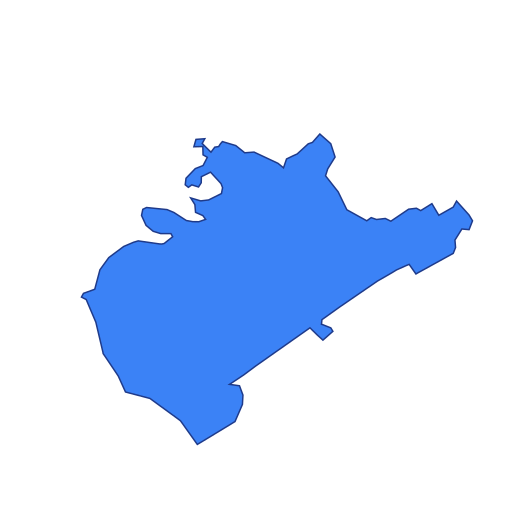 outline of Barceloneta, Puerto Rico, rotated 229°
{"feature_id": "32010507B67293545491700", "entity_name": "Barceloneta", "entity_type": "district", "adm_level": 2, "iso_a3": "PRI", "parent_name": "Puerto Rico", "parent_adm1": "", "projection": "albers", "projection_center": [-66.554, 18.44], "detail": "fine", "context": "isolated", "style": "filled", "palette": "blue", "viewbox_px": 512, "rotation_deg": 229, "n_neighbors": 0, "source": "geoboundaries", "source_scale": "gbopen_adm2", "svg_char_len": 1805}
<svg xmlns="http://www.w3.org/2000/svg" viewBox="0 0 512 512"><g transform="rotate(229 256 256)"><path d="M152.3,88.1L151.5,92.5L144.9,131.1L144.8,131.5L152.9,148.4L159.6,154.9L168.9,158.4L176.5,151.8L174.3,168.7L173.2,183.4L166.4,249.6L156.3,250.4L148.6,251.3L148.7,264.6L152.7,265.3L161.0,261.0L161.5,260.6L164.7,264.0L162.6,286.0L157.4,331.2L154.1,348.1L153.3,353.0L150.2,363.2L149.2,366.1L137.5,364.9L137.2,366.6L128.6,406.6L131.5,412.2L137.5,416.6L141.3,429.1L136.1,434.1L140.5,442.5L145.0,443.3L147.2,443.7L165.9,443.4L163.5,436.9L166.8,420.7L180.1,423.1L182.2,410.1L186.8,408.4L191.2,401.9L193.8,380.6L199.5,378.2L204.5,370.9L209.4,368.1L209.9,362.7L231.3,354.9L250.5,360.1L270.9,361.1L274.7,367.3L278.8,380.6L291.7,386.1L306.2,384.2L304.7,373.1L306.4,369.0L306.0,354.0L307.3,349.7L309.2,342.7L304.5,334.6L311.5,333.4L335.7,322.7L341.3,315.2L352.6,313.2L364.4,305.7L364.0,302.7L363.1,299.6L365.2,296.3L363.9,290.1L376.2,289.2L378.1,294.3L383.4,287.2L379.2,280.8L373.5,287.7L367.1,282.4L362.4,284.0L359.0,275.4L361.8,267.5L360.6,254.2L356.2,249.3L352.2,250.0L351.8,254.2L345.8,257.9L347.2,262.7L351.7,266.8L349.1,276.7L333.6,277.1L329.5,275.6L325.8,270.9L329.4,257.0L333.9,250.4L342.7,244.8L334.9,243.6L328.6,239.0L321.4,242.4L316.7,242.0L319.4,235.3L323.4,230.8L328.5,226.7L342.7,222.6L349.4,219.3L364.4,205.2L365.5,201.2L361.7,196.2L351.2,193.1L342.1,194.6L335.4,198.8L328.7,206.5L325.2,205.7L325.7,194.8L326.9,192.7L328.3,191.2L344.7,177.0L346.7,172.6L350.0,162.4L351.4,143.9L348.0,129.2L336.7,112.5L341.0,101.3L339.5,97.3L334.5,99.3L324.7,96.1L314.5,92.8L313.0,92.3L311.1,91.7L283.9,77.4L282.6,76.6L278.1,76.1L260.5,73.9L255.8,73.3L239.0,68.3L236.3,70.1L218.1,82.5L207.1,85.0L205.8,85.3L184.9,90.1L181.2,90.9L178.0,90.6L152.3,88.1Z" fill="#3b82f6" stroke="#1e3a8a" stroke-width="1.5"/></g></svg>